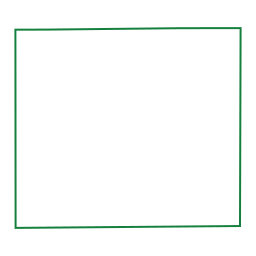 the district of Uvalde, Texas, United States of America
{"feature_id": "52423323B37617394138403", "entity_name": "Uvalde", "entity_type": "district", "adm_level": 2, "iso_a3": "USA", "parent_name": "United States of America", "parent_adm1": "Texas", "projection": "mercator", "projection_center": [-99.826, 29.357], "detail": "fine", "context": "isolated", "style": "outline", "palette": "green", "viewbox_px": 256, "rotation_deg": 0, "n_neighbors": 0, "source": "geoboundaries", "source_scale": "gbopen_adm2", "svg_char_len": 202}
<svg xmlns="http://www.w3.org/2000/svg" viewBox="0 0 256 256"><path d="M15.4,29.7L15.6,227.9L240.0,226.0L240.6,28.1L179.1,28.2L46.9,29.6L15.4,29.7Z" fill="none" stroke="#15803d" stroke-width="2"/></svg>